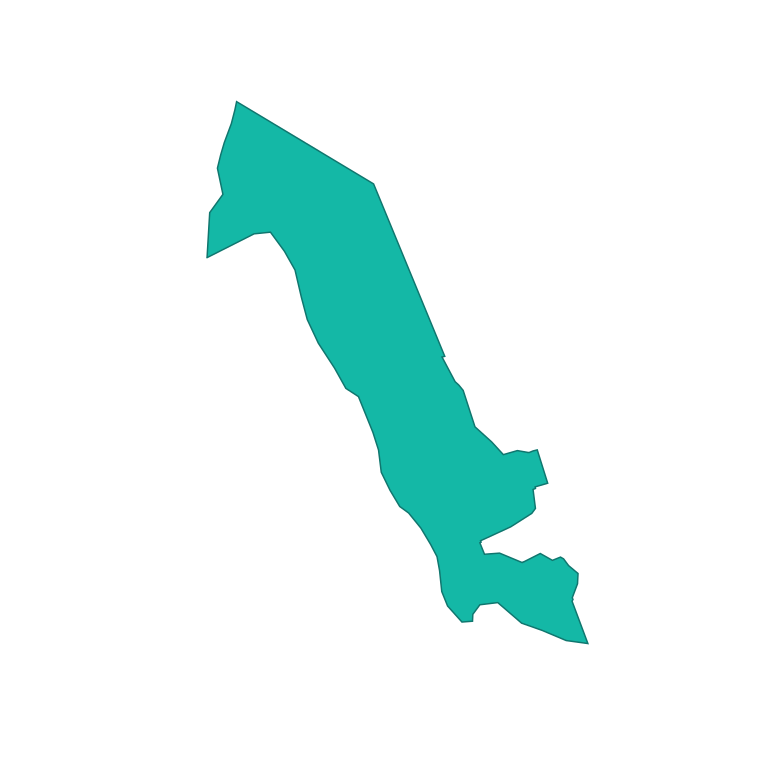 the district of Serakhs, Ahal, Turkmenistan, rotated 338°
{"feature_id": "10190150B96789976776616", "entity_name": "Serakhs", "entity_type": "district", "adm_level": 2, "iso_a3": "TKM", "parent_name": "Turkmenistan", "parent_adm1": "Ahal", "projection": "equal_earth", "projection_center": [61.378, 36.209], "detail": "fine", "context": "isolated", "style": "filled", "palette": "teal", "viewbox_px": 768, "rotation_deg": 338, "n_neighbors": 0, "source": "geoboundaries", "source_scale": "gbopen_adm2", "svg_char_len": 1164}
<svg xmlns="http://www.w3.org/2000/svg" viewBox="0 0 768 768"><g transform="rotate(338 384 384)"><path d="M266.6,200.6L319.8,196.1L335.6,200.7L341.4,223.6L344.2,245.0L339.9,272.5L337.0,295.5L338.4,321.6L344.1,350.7L347.0,373.8L355.6,386.1L355.6,424.7L354.2,443.2L348.4,464.8L349.8,484.9L352.7,503.5L358.5,512.8L364.2,531.4L367.1,550.0L368.5,563.9L365.6,577.9L359.8,598.1L359.8,613.7L367.1,633.9L377.2,637.1L380.1,630.8L390.2,624.6L407.6,629.3L422.0,657.3L438.0,671.4L456.8,690.1L475.8,701.0L477.0,655.8L478.5,654.6L478.5,652.7L488.6,641.7L492.9,632.4L487.1,621.5L485.0,613.4L482.8,610.6L474.1,610.6L465.4,599.7L446.6,601.3L446.4,601.1L445.2,601.3L427.8,584.1L413.4,579.5L413.4,567.1L414.8,567.0L414.8,565.5L448.0,563.9L472.6,559.3L477.8,556.1L482.7,537.6L485.3,537.6L485.6,536.0L498.6,537.3L501.4,502.5L497.1,501.9L492.8,501.9L491.6,501.2L491.3,501.2L490.9,500.8L482.7,495.7L468.2,494.2L462.2,478.2L452.3,457.8L455.0,419.6L453.0,413.1L450.8,408.5L447.9,380.7L450.7,381.1L449.3,194.6L353.1,67.0L348.5,73.9L340.0,85.4L326.4,100.3L318.4,110.4L310.4,121.5L305.7,147.8L286.6,159.8L267.3,200.5L266.6,200.6Z" fill="#14b8a6" stroke="#0f766e" stroke-width="1.5"/></g></svg>